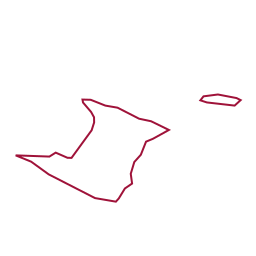 map outline of Trinidad and Tobago (Mercator projection), rotated 29°
{"feature_id": "TTO", "entity_name": "Trinidad and Tobago", "entity_type": "country or territory", "adm_level": 0, "iso_a3": "TTO", "parent_name": "North America", "parent_adm1": "", "projection": "mercator", "projection_center": [-61.19, 10.695], "detail": "fine", "context": "isolated", "style": "outline", "palette": "rose", "viewbox_px": 256, "rotation_deg": 29, "n_neighbors": 0, "source": "natural_earth", "source_scale": "50m", "svg_char_len": 599}
<svg xmlns="http://www.w3.org/2000/svg" viewBox="0 0 256 256"><g transform="rotate(29 128 128)"><path d="M153.1,198.3L133.1,205.3L81.1,207.0L59.6,204.4L43.0,206.4L73.1,191.1L76.7,184.6L89.5,183.4L93.1,181.5L97.3,147.6L95.7,139.6L93.1,135.1L88.0,131.9L76.3,127.5L74.4,125.2L81.7,121.4L97.3,119.4L109.0,115.3L133.2,114.5L144.9,110.9L164.7,109.9L155.0,125.4L150.4,131.2L152.2,145.2L150.0,154.7L152.6,166.7L158.5,174.6L154.6,182.4L154.1,194.1L153.1,198.3ZM184.6,67.4L177.9,68.7L178.7,63.7L190.4,55.1L208.4,49.2L213.0,49.0L210.4,56.7L184.6,67.4Z" fill="none" stroke="#9f1239" stroke-width="2"/></g></svg>